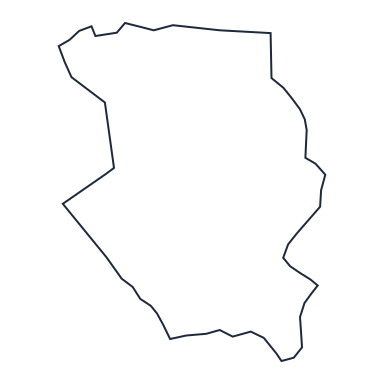 Tupandi, Rio Grande do Sul, Brazil (Robinson projection)
{"feature_id": "56859067B43704849668699", "entity_name": "Tupandi", "entity_type": "district", "adm_level": 2, "iso_a3": "BRA", "parent_name": "Brazil", "parent_adm1": "Rio Grande do Sul", "projection": "robinson", "projection_center": [-51.422, -29.478], "detail": "fine", "context": "isolated", "style": "outline", "palette": "slate", "viewbox_px": 384, "rotation_deg": 0, "n_neighbors": 0, "source": "geoboundaries", "source_scale": "gbopen_adm2", "svg_char_len": 821}
<svg xmlns="http://www.w3.org/2000/svg" viewBox="0 0 384 384"><path d="M172.9,25.2L153.7,30.3L143.3,27.6L125.0,23.0L116.8,32.7L95.4,36.0L91.5,26.3L79.2,30.9L69.5,39.9L58.7,46.1L64.8,62.3L71.5,77.2L104.9,102.5L114.0,167.9L105.8,174.0L62.8,203.8L106.4,257.2L121.7,278.7L132.7,287.0L140.3,298.9L150.9,305.9L157.1,313.6L163.2,324.8L170.1,339.0L186.3,335.5L206.3,333.8L219.7,330.0L232.7,336.6L250.8,331.6L263.8,337.9L276.1,353.1L281.5,361.0L293.8,357.7L302.0,347.4L301.1,332.9L300.0,317.1L304.5,303.0L311.5,293.4L317.7,285.5L310.2,279.3L300.0,273.0L290.1,266.2L283.2,257.8L288.1,244.4L296.6,233.7L320.1,206.7L321.1,190.2L325.3,174.7L315.5,163.7L305.4,157.8L306.0,144.6L306.7,130.1L304.8,119.4L300.0,109.3L292.4,99.0L283.4,87.8L271.5,78.1L270.6,33.1L219.9,30.3L172.9,25.2Z" fill="none" stroke="#1e293b" stroke-width="2"/></svg>